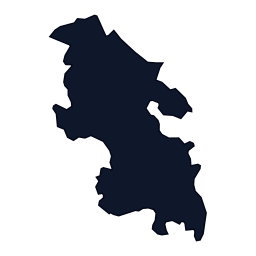 the border of Buckinghamshire
{"feature_id": "GBR-2040", "entity_name": "Buckinghamshire", "entity_type": "Administrative County", "adm_level": 1, "iso_a3": "GBR", "parent_name": "United Kingdom", "parent_adm1": "", "projection": "mercator", "projection_center": [-0.785, 51.775], "detail": "fine", "context": "isolated", "style": "filled", "palette": "ink", "viewbox_px": 256, "rotation_deg": 0, "n_neighbors": 0, "source": "natural_earth", "source_scale": "10m", "svg_char_len": 1687}
<svg xmlns="http://www.w3.org/2000/svg" viewBox="0 0 256 256"><path d="M113.8,30.5L120.7,39.2L134.6,52.1L147.6,62.4L156.0,63.0L162.8,63.0L159.8,67.5L155.6,80.1L161.9,82.5L170.2,90.1L175.4,88.7L185.2,98.3L187.6,104.2L191.5,108.7L191.6,111.6L187.3,110.7L180.9,118.4L172.9,115.2L163.6,114.6L158.3,107.9L159.4,105.1L158.8,102.7L152.5,100.2L149.8,100.7L145.8,108.4L150.6,115.4L153.6,115.9L157.9,120.5L159.1,124.1L159.0,130.4L161.7,134.5L168.8,138.2L178.7,138.1L184.4,144.4L189.8,141.8L193.2,143.4L194.0,145.9L188.2,150.4L187.6,153.3L190.3,159.0L190.8,165.9L197.9,164.4L200.2,165.7L199.9,168.7L193.9,178.7L193.5,184.7L195.1,191.2L201.0,197.5L206.1,212.9L203.1,233.7L200.1,239.9L196.5,240.6L194.6,236.1L195.0,231.6L194.0,229.2L186.0,230.0L185.1,223.4L183.5,221.4L180.9,221.7L179.5,223.9L172.3,220.3L165.8,221.7L164.6,224.1L166.0,230.3L167.7,233.9L161.8,234.7L157.8,233.8L152.5,228.9L153.0,225.1L155.4,220.4L156.2,213.1L153.6,209.4L148.4,207.8L142.8,208.3L138.7,210.8L135.5,210.3L118.7,215.7L113.5,214.3L110.4,212.5L109.2,213.6L98.8,205.2L99.6,201.1L103.4,198.0L103.7,195.2L102.3,193.2L98.5,194.0L95.9,186.9L99.1,181.1L96.4,177.2L100.1,175.9L101.2,168.9L103.3,167.8L111.7,169.9L112.2,168.6L110.2,162.4L111.7,156.3L109.8,150.4L103.4,141.3L90.9,135.4L85.0,137.9L78.7,136.8L73.5,140.3L67.6,137.2L64.3,129.1L57.6,126.5L56.4,113.7L53.0,108.5L53.7,106.0L55.9,104.6L66.7,109.9L71.9,106.4L71.5,102.0L68.3,95.3L68.3,89.3L64.9,85.6L63.9,82.0L65.2,73.8L71.9,66.2L71.6,64.7L65.7,64.4L63.7,61.3L65.2,55.4L70.6,46.1L69.4,44.7L57.7,39.9L49.9,36.6L55.2,30.1L60.4,26.7L74.4,23.0L77.5,18.8L85.0,19.5L94.6,15.4L96.8,16.1L105.9,36.3L108.5,35.7L113.8,30.5Z" fill="#0f172a" stroke="#020617" stroke-width="1.5"/></svg>